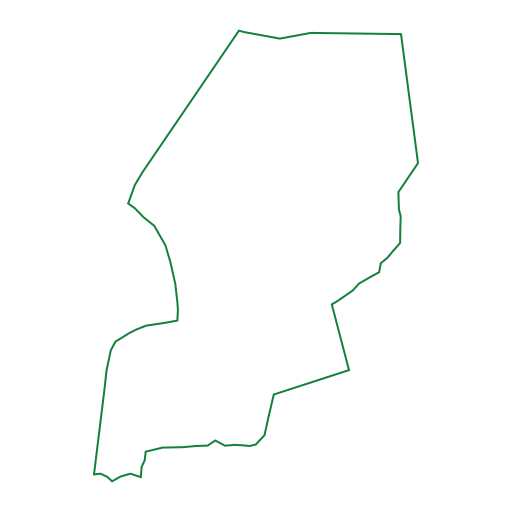 outline of São Luis do Piauí, Piauí, Brazil
{"feature_id": "56859067B34363734324768", "entity_name": "São Luis do Piauí", "entity_type": "district", "adm_level": 2, "iso_a3": "BRA", "parent_name": "Brazil", "parent_adm1": "Piauí", "projection": "robinson", "projection_center": [-41.277, -6.772], "detail": "fine", "context": "isolated", "style": "outline", "palette": "green", "viewbox_px": 512, "rotation_deg": 0, "n_neighbors": 0, "source": "geoboundaries", "source_scale": "gbopen_adm2", "svg_char_len": 913}
<svg xmlns="http://www.w3.org/2000/svg" viewBox="0 0 512 512"><path d="M349.0,370.1L331.8,304.4L337.4,301.1L352.6,290.6L359.1,283.5L370.4,277.0L379.1,272.2L380.8,263.2L387.5,257.7L392.4,251.7L400.1,243.0L400.3,228.5L400.7,216.2L398.9,209.5L398.4,192.1L418.0,163.1L401.0,34.1L310.7,32.9L279.8,38.6L244.8,32.2L238.9,30.7L142.3,172.5L134.8,185.1L128.2,203.5L134.9,208.3L143.6,217.3L154.3,225.9L165.4,245.3L170.3,261.8L175.3,283.9L177.4,302.5L177.9,309.7L177.4,320.5L166.5,322.6L145.9,325.7L136.4,329.5L129.2,333.1L115.4,341.7L110.8,350.3L106.5,370.6L104.6,388.2L94.0,474.4L100.5,473.7L107.2,476.8L112.1,481.3L120.4,476.6L130.3,473.7L140.8,477.1L141.7,466.7L144.7,460.3L145.7,451.7L162.5,447.6L182.5,447.2L196.1,446.0L207.7,445.6L215.2,440.5L225.0,445.7L234.4,444.9L242.6,445.3L249.4,446.0L255.7,444.6L264.5,435.2L268.6,416.6L273.8,394.5L331.4,375.8L349.0,370.1Z" fill="none" stroke="#15803d" stroke-width="2"/></svg>